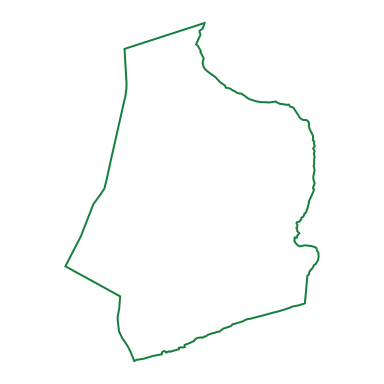 outline of La Dade-kotopon, Greater Accra, Ghana
{"feature_id": "2480657B88791559733000", "entity_name": "La Dade-kotopon", "entity_type": "district", "adm_level": 2, "iso_a3": "GHA", "parent_name": "Ghana", "parent_adm1": "Greater Accra", "projection": "albers", "projection_center": [-0.148, 5.589], "detail": "fine", "context": "isolated", "style": "outline", "palette": "green", "viewbox_px": 384, "rotation_deg": 0, "n_neighbors": 0, "source": "geoboundaries", "source_scale": "gbopen_adm2", "svg_char_len": 2818}
<svg xmlns="http://www.w3.org/2000/svg" viewBox="0 0 384 384"><path d="M307.5,120.7L306.4,120.1L302.9,119.9L300.1,118.1L293.4,107.6L290.2,106.7L288.8,104.6L286.3,104.8L282.7,104.1L279.8,103.8L277.8,102.9L275.9,101.5L269.2,102.5L264.7,102.2L261.1,102.2L257.1,101.5L250.6,99.6L247.9,98.3L244.3,95.5L243.4,95.2L241.4,93.6L238.8,93.4L236.7,92.6L234.7,91.2L232.7,90.4L230.3,88.6L225.7,87.6L225.4,86.4L224.7,85.4L220.0,82.1L217.3,79.2L215.8,77.5L212.3,74.8L209.6,73.0L205.5,69.7L203.5,66.7L202.6,62.4L203.7,58.3L202.7,56.5L202.0,54.9L200.4,52.0L200.8,51.0L197.8,45.8L196.1,44.4L199.3,37.2L200.3,35.4L200.4,34.3L199.5,31.7L199.6,30.8L202.6,28.7L204.1,24.7L204.5,23.0L124.5,48.9L126.0,74.0L126.5,82.0L126.4,88.7L125.8,92.9L125.4,96.1L123.8,102.8L116.8,133.9L112.9,151.2L111.2,158.6L106.8,178.9L104.4,188.6L100.4,194.5L93.3,204.3L81.0,236.0L65.4,266.3L120.2,296.4L119.4,305.9L119.3,308.0L117.6,317.1L117.7,320.0L119.0,331.5L122.1,337.8L127.5,345.9L130.6,351.8L134.2,361.0L136.4,359.9L143.7,358.7L153.1,355.9L161.8,354.3L162.0,352.3L163.6,351.1L165.4,351.4L166.1,352.6L166.8,352.4L167.7,351.8L169.1,351.3L169.9,351.8L171.9,351.2L176.8,349.8L179.0,349.1L179.0,347.8L180.8,347.3L183.2,347.5L184.8,347.0L184.5,345.7L184.7,344.8L187.4,344.0L194.1,341.0L194.7,339.6L195.5,339.3L196.1,338.6L197.3,337.8L198.9,337.8L200.9,337.3L202.1,337.9L204.2,336.6L205.4,336.6L208.1,334.7L211.7,333.5L215.1,332.7L217.1,331.7L219.3,331.8L221.5,329.8L222.4,329.5L223.3,328.6L229.9,326.5L231.4,325.8L232.4,324.3L235.7,323.5L242.9,321.3L246.4,319.4L251.0,318.6L253.7,317.8L262.0,315.7L273.3,312.6L278.6,311.3L284.9,309.4L289.5,307.9L291.4,306.9L293.1,306.4L295.7,305.9L298.6,305.4L304.9,303.4L306.8,282.1L307.1,278.5L307.4,275.7L309.0,274.4L309.3,272.1L309.9,270.9L312.4,268.2L314.0,265.2L315.6,264.1L317.3,261.5L318.1,259.8L318.3,258.3L318.6,256.8L318.5,254.5L318.3,252.5L317.2,251.0L316.3,247.9L315.2,247.3L313.0,246.5L310.6,246.0L308.0,245.7L305.3,245.3L302.6,245.7L299.9,246.4L298.0,245.5L297.2,244.8L296.2,243.7L295.4,242.6L294.3,240.7L294.6,239.4L294.5,237.8L295.0,237.3L296.0,237.8L297.1,237.4L297.2,235.8L299.3,233.2L297.3,231.2L297.3,229.8L296.4,228.0L297.3,226.9L297.4,224.8L296.5,223.6L296.7,222.4L298.3,221.8L299.5,221.6L300.2,220.3L301.3,219.5L301.3,218.1L302.0,217.4L302.8,217.0L303.8,215.8L304.4,213.8L305.7,212.8L306.9,209.8L307.7,207.6L308.5,204.2L309.2,200.8L313.7,190.9L313.9,189.2L313.1,188.6L313.2,187.1L314.5,184.2L314.6,183.2L314.1,181.4L313.4,179.5L313.3,176.6L313.6,174.9L314.6,170.3L313.6,165.7L314.3,163.7L314.1,161.1L314.3,158.2L314.4,157.0L314.5,156.0L313.8,153.8L314.5,151.4L314.1,149.9L313.2,148.9L313.3,148.1L314.8,146.1L313.9,143.6L314.3,141.5L312.8,140.3L313.0,138.3L313.1,137.6L313.0,136.1L312.3,134.3L310.0,129.9L309.2,127.7L308.9,126.5L309.0,122.8L307.5,120.7Z" fill="none" stroke="#15803d" stroke-width="2"/></svg>